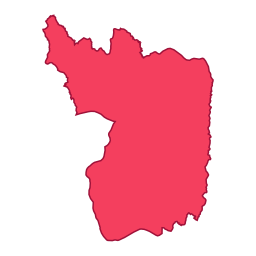 the district of Logroño, Morona Santiago, Ecuador
{"feature_id": "8360857B64842407463110", "entity_name": "Logroño", "entity_type": "district", "adm_level": 2, "iso_a3": "ECU", "parent_name": "Ecuador", "parent_adm1": "Morona Santiago", "projection": "robinson", "projection_center": [-78.085, -2.764], "detail": "fine", "context": "isolated", "style": "filled", "palette": "rose", "viewbox_px": 256, "rotation_deg": 0, "n_neighbors": 0, "source": "geoboundaries", "source_scale": "gbopen_adm2", "svg_char_len": 5652}
<svg xmlns="http://www.w3.org/2000/svg" viewBox="0 0 256 256"><path d="M150.5,53.7L150.4,54.6L149.3,55.7L146.9,55.8L144.2,57.2L143.7,57.9L143.3,57.8L143.1,56.9L142.2,56.7L142.3,55.9L142.0,55.7L142.0,55.2L141.7,55.2L141.5,54.0L140.5,53.7L140.4,52.8L140.0,52.4L141.9,51.4L142.0,51.0L141.6,50.8L142.0,50.4L141.0,49.9L140.9,48.9L141.6,48.7L140.2,47.1L140.1,45.7L140.3,45.0L140.2,44.6L139.9,44.5L140.4,43.0L139.9,43.1L139.3,42.7L139.8,41.7L139.3,41.6L138.8,42.1L138.3,42.0L138.0,41.5L138.1,40.6L136.8,39.8L134.9,40.1L133.8,38.9L133.0,39.0L132.9,38.2L133.3,37.6L132.6,37.1L132.6,36.6L132.1,36.1L131.2,36.2L130.8,35.9L130.2,33.5L128.2,32.5L127.2,32.3L126.9,32.0L126.9,31.3L124.5,29.5L123.6,29.1L121.3,28.9L120.5,28.4L119.8,30.0L117.6,29.7L115.2,28.8L114.2,28.8L113.9,29.1L113.6,30.0L113.8,32.2L113.4,35.6L112.8,37.6L112.2,38.5L110.7,39.0L110.4,39.7L111.1,43.5L110.8,46.3L110.8,48.8L110.3,50.4L110.2,51.7L109.9,52.9L109.1,53.9L107.3,54.5L106.6,54.4L105.5,53.5L103.9,51.0L102.7,50.4L101.0,48.0L99.7,48.5L99.0,49.3L98.9,49.8L97.8,50.9L96.7,51.0L95.2,50.1L94.7,49.0L93.1,48.7L92.6,49.0L92.1,48.7L92.0,47.9L91.6,47.7L91.8,46.9L91.5,46.0L91.7,44.4L91.5,43.6L91.8,42.2L90.7,40.9L90.8,40.1L90.5,39.4L89.6,38.4L88.5,39.2L87.1,39.4L83.8,37.9L78.7,41.7L77.9,43.6L77.2,43.1L76.0,43.2L74.6,44.7L74.3,42.1L74.8,41.1L74.2,41.1L73.9,40.2L73.4,40.5L72.5,40.0L72.3,39.4L71.0,37.9L69.2,37.1L68.6,36.5L67.8,36.3L67.8,34.5L66.9,33.7L67.2,33.0L66.8,32.5L66.9,31.9L65.5,31.0L65.3,29.9L64.6,28.9L65.1,28.5L65.0,28.3L64.0,28.0L63.4,27.2L63.5,26.7L62.9,26.2L62.5,26.6L60.9,25.3L59.8,25.4L58.8,24.6L58.2,24.4L58.2,23.6L56.8,21.6L55.5,18.9L55.5,17.5L54.9,16.8L54.2,16.6L53.9,15.9L53.5,15.9L53.7,15.4L53.1,15.4L51.8,16.2L50.8,15.8L50.3,16.2L50.3,16.8L49.8,16.7L48.5,18.5L47.6,18.9L47.0,20.3L45.8,21.2L47.9,24.9L47.9,26.4L46.8,27.8L45.0,29.1L43.0,29.4L43.4,31.0L43.9,31.8L44.4,32.1L45.2,34.0L45.4,36.2L47.6,38.7L47.5,39.8L48.4,40.1L48.8,40.6L49.3,43.4L49.6,44.0L49.2,47.7L49.6,48.6L49.4,49.9L49.7,50.9L47.4,54.6L47.6,57.3L45.7,61.0L45.4,62.2L45.6,62.9L46.2,63.5L47.4,64.0L48.5,63.7L49.5,62.9L50.4,62.7L51.3,62.6L52.5,63.1L53.1,63.9L55.0,65.0L56.6,66.8L57.8,69.0L57.6,69.9L57.8,70.2L60.2,71.7L63.8,72.6L66.0,75.2L66.4,76.2L66.5,77.3L67.8,77.8L67.4,80.5L67.9,81.9L67.8,82.3L65.4,83.2L64.9,83.9L64.9,84.4L65.8,84.5L65.9,84.8L65.5,85.3L64.3,85.5L64.0,86.0L67.4,87.1L67.4,87.5L68.2,88.3L69.4,90.4L69.6,91.1L69.3,92.1L69.8,92.3L69.7,92.7L70.3,93.2L70.0,93.8L70.3,94.4L70.8,94.6L71.0,95.0L71.0,96.8L70.7,97.5L71.2,99.0L71.5,99.3L72.3,98.2L73.1,98.8L73.3,98.6L73.9,99.4L74.0,102.4L75.1,104.0L75.3,105.4L76.4,106.5L76.7,107.2L76.3,108.3L76.1,110.5L77.0,112.6L76.1,114.8L80.0,113.6L88.3,111.7L91.0,111.3L94.6,111.4L98.0,112.7L101.1,114.2L104.3,117.1L107.2,118.8L113.2,121.2L115.2,121.5L113.4,124.1L111.1,129.9L108.9,133.2L108.7,134.3L108.9,135.6L110.0,138.0L110.3,140.6L109.5,142.7L108.9,143.3L108.6,144.1L107.0,145.6L104.9,146.8L105.1,150.4L104.0,156.4L103.0,158.6L100.9,160.6L94.5,162.4L92.4,163.7L89.9,166.0L88.8,166.7L87.4,168.2L86.6,169.7L86.1,172.3L86.0,174.9L87.2,176.6L88.8,177.8L89.8,179.2L90.0,181.7L90.3,182.7L90.0,187.7L89.1,190.3L89.0,194.5L90.6,198.6L93.3,202.2L93.0,208.1L93.6,210.8L95.4,214.4L95.8,216.9L96.2,218.1L98.0,220.5L100.2,227.8L100.0,228.7L101.5,233.0L103.6,236.4L106.7,239.9L107.7,240.4L112.3,240.6L115.0,239.9L117.8,240.4L118.9,240.1L124.8,237.3L133.9,232.0L139.7,229.2L141.1,229.0L144.1,229.3L146.5,230.1L149.6,231.4L156.0,235.2L157.6,235.8L159.3,235.3L162.0,233.5L162.1,227.7L163.9,227.8L165.1,229.1L166.7,229.7L168.1,230.6L171.0,231.2L172.4,229.2L173.0,227.6L172.7,226.0L172.9,225.2L173.7,223.5L174.8,222.9L175.3,221.8L177.0,221.4L177.4,221.8L177.6,222.9L178.1,223.1L178.8,222.9L179.0,224.2L179.5,224.4L180.1,224.3L180.4,224.9L181.2,225.4L181.7,224.7L182.4,224.9L182.7,224.6L183.5,224.8L184.6,224.5L185.3,223.0L185.3,222.0L185.9,220.1L186.0,218.3L186.9,216.6L186.8,215.0L187.7,214.4L187.8,213.7L188.6,212.9L189.2,213.0L190.4,214.4L191.2,213.8L192.7,214.6L193.4,215.6L195.4,216.2L195.5,216.7L194.2,217.6L194.0,218.2L194.9,218.4L195.2,219.4L197.2,220.3L198.3,216.7L199.0,216.6L199.0,215.4L199.3,214.8L200.1,214.3L200.5,212.1L202.0,210.3L202.2,209.0L202.1,206.4L204.4,204.8L205.3,203.2L205.9,200.5L205.8,199.8L205.1,198.8L203.7,197.7L202.5,196.1L202.4,195.5L204.3,193.1L205.2,192.5L206.1,192.7L206.7,192.3L206.8,191.2L206.2,189.7L206.5,188.2L206.0,187.3L207.0,185.5L207.1,184.9L206.4,183.5L206.1,179.4L208.4,175.4L208.5,174.8L207.5,172.7L206.0,170.9L205.0,166.9L206.3,165.4L207.6,162.5L208.0,160.9L208.6,159.9L208.9,159.6L210.4,159.5L210.7,158.7L209.8,156.9L209.6,155.3L208.2,155.0L207.9,154.5L208.5,152.2L208.3,150.6L208.4,150.3L209.4,150.0L210.0,149.0L209.8,148.4L209.0,147.5L210.0,143.3L210.1,140.3L209.6,139.6L209.6,138.3L209.8,137.7L210.8,137.2L210.9,136.7L209.9,134.9L208.3,134.1L208.4,133.7L209.5,132.9L209.0,130.6L208.2,129.2L208.1,127.5L209.4,125.8L209.8,122.2L209.3,120.6L210.0,118.4L209.5,116.9L208.9,115.6L210.2,112.7L210.2,111.4L209.6,110.2L211.2,107.4L211.1,107.0L210.3,106.8L209.8,106.1L209.0,104.2L210.3,102.3L210.1,101.1L210.7,100.9L210.2,99.7L210.3,98.0L210.7,97.8L210.8,96.9L210.4,95.7L211.5,95.2L211.7,94.6L210.6,93.9L210.5,93.6L211.1,92.3L210.9,91.4L211.7,91.2L211.4,89.5L211.4,87.3L212.3,85.6L212.1,84.7L212.4,83.5L212.2,82.6L212.6,82.3L213.0,80.9L213.0,79.8L211.9,78.6L210.7,76.6L210.7,74.2L210.2,73.0L209.2,71.6L208.4,66.6L205.6,61.1L204.0,59.0L203.1,58.4L202.3,58.3L199.3,59.2L193.9,58.4L191.7,59.1L189.6,60.3L187.1,60.0L186.1,59.7L183.9,58.0L181.5,55.4L173.9,49.8L170.2,48.4L167.8,48.7L162.9,51.2L159.9,53.9L159.0,54.0L157.5,53.3L156.0,52.1L155.4,51.9L154.3,52.0L152.4,53.1L150.5,53.7Z" fill="#f43f5e" stroke="#9f1239" stroke-width="1.5"/></svg>